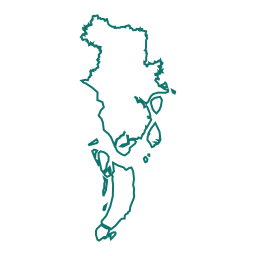 the district of Noakhali, Chittagong, Bangladesh
{"feature_id": "16705992B96773862439533", "entity_name": "Noakhali", "entity_type": "district", "adm_level": 2, "iso_a3": "BGD", "parent_name": "Bangladesh", "parent_adm1": "Chittagong", "projection": "robinson", "projection_center": [91.099, 22.578], "detail": "fine", "context": "isolated", "style": "outline", "palette": "teal", "viewbox_px": 256, "rotation_deg": 0, "n_neighbors": 0, "source": "geoboundaries", "source_scale": "gbopen_adm2", "svg_char_len": 5772}
<svg xmlns="http://www.w3.org/2000/svg" viewBox="0 0 256 256"><path d="M94.1,15.8L93.1,16.0L92.6,16.8L92.7,19.5L91.8,19.6L91.8,20.7L91.1,20.8L90.5,21.8L91.6,24.2L91.0,24.5L91.2,25.0L90.2,25.4L88.7,24.0L88.4,26.1L87.4,26.6L87.1,25.8L86.2,26.5L85.3,26.2L86.5,28.0L86.6,29.1L85.4,28.9L84.3,27.7L83.1,27.9L83.4,29.8L85.1,30.6L85.0,31.7L85.8,33.2L86.4,32.9L86.6,33.9L84.4,33.9L84.5,35.4L82.8,34.4L80.9,37.2L82.1,38.1L82.2,39.5L82.9,40.0L84.2,39.4L86.9,39.6L87.1,40.3L86.6,40.3L86.6,41.1L87.9,41.2L87.9,42.5L89.1,43.5L89.1,45.1L90.9,44.3L91.0,42.8L92.3,43.8L92.7,43.5L92.3,44.9L93.8,45.1L93.9,45.9L94.8,46.6L95.7,46.3L96.1,45.4L96.7,45.6L96.9,46.6L98.4,48.1L98.8,46.7L100.6,47.0L100.1,48.3L100.5,49.6L99.9,50.2L101.0,50.7L101.0,51.3L100.3,51.5L100.8,52.7L98.8,54.6L99.3,56.4L98.8,56.4L98.8,57.7L97.5,59.4L98.5,59.6L97.7,60.6L99.3,62.1L97.5,64.3L98.4,67.0L97.8,67.8L96.6,67.9L95.4,69.9L94.6,69.5L93.2,70.2L93.5,69.7L93.1,69.6L92.6,70.2L93.0,70.9L90.8,70.4L90.2,71.6L91.1,73.1L90.7,74.9L91.2,75.3L90.7,75.7L90.3,75.2L90.0,76.9L88.9,77.2L87.9,80.2L85.2,79.8L81.5,80.7L83.7,82.6L85.8,83.4L92.0,87.5L97.5,92.3L97.4,100.1L102.4,102.1L103.8,107.2L100.9,110.3L98.7,115.6L101.4,118.8L102.8,122.2L103.8,130.0L108.2,133.6L110.9,137.0L114.4,145.2L116.6,139.4L119.5,137.6L120.6,135.8L123.2,134.8L124.4,132.1L124.7,132.3L123.5,135.2L121.4,135.8L119.8,137.8L117.0,139.6L115.2,146.7L117.0,150.7L118.8,152.4L122.4,154.7L124.9,155.4L128.9,152.3L129.7,150.2L129.7,148.0L134.8,143.9L136.0,141.9L134.3,139.8L130.7,139.8L128.6,141.0L128.9,143.7L122.9,146.6L120.5,146.3L122.3,144.7L127.6,143.7L128.1,140.7L127.1,135.7L128.0,135.9L128.1,138.7L129.1,139.7L132.5,138.5L137.4,139.0L138.4,137.5L140.9,138.6L142.7,134.1L143.3,134.2L144.7,131.8L144.7,130.7L146.1,128.5L146.1,126.6L147.0,127.3L151.2,119.8L150.6,118.3L148.9,118.0L149.5,117.3L146.9,116.4L149.9,117.2L150.4,116.4L149.8,113.2L147.0,106.6L146.1,106.2L144.3,107.3L144.0,105.0L141.6,102.3L140.1,101.7L137.8,102.4L136.4,98.5L134.6,96.6L137.0,98.0L137.7,100.6L140.8,100.4L140.5,99.1L146.1,103.8L146.5,102.6L147.4,102.6L148.3,101.6L150.6,96.6L153.1,94.1L158.0,92.6L165.3,92.8L168.2,91.7L168.1,90.0L164.5,89.1L161.3,86.7L158.8,86.0L158.2,83.5L155.3,80.4L155.9,78.7L158.8,79.4L158.9,78.8L157.7,77.5L157.7,75.5L155.4,75.1L155.2,73.9L158.4,73.2L158.4,72.1L158.9,72.9L158.7,73.8L159.8,73.9L160.2,70.7L161.7,72.4L162.4,72.4L161.7,71.4L162.4,69.6L159.8,70.2L160.9,67.3L159.5,67.7L158.3,66.3L159.6,65.8L161.1,66.5L160.9,63.3L162.3,63.8L162.5,63.1L161.0,61.5L160.4,60.0L160.1,60.8L158.8,60.7L158.6,61.4L158.0,61.2L157.1,62.2L155.6,62.6L155.5,61.8L154.8,61.6L154.5,62.8L153.3,63.9L151.6,63.9L149.2,62.8L149.4,64.1L147.9,64.4L147.3,66.4L146.5,66.2L146.0,64.5L144.3,63.9L144.3,61.6L145.2,61.9L146.3,60.7L146.1,57.9L146.9,53.4L146.2,53.1L146.3,50.8L145.0,50.4L145.6,49.7L146.0,47.9L146.1,40.1L147.2,38.0L146.0,36.1L146.8,35.9L147.0,35.4L145.5,34.4L146.1,31.3L142.0,30.5L142.1,29.0L140.5,29.4L140.3,28.9L139.8,30.6L138.9,30.1L138.8,29.0L138.3,28.9L136.6,28.9L136.5,29.7L135.5,30.1L133.2,30.2L132.4,28.8L131.0,28.0L130.2,28.2L130.1,27.2L129.2,26.1L129.5,25.9L128.8,25.3L125.4,26.3L125.3,27.3L122.9,26.8L120.8,27.1L120.0,27.7L114.7,27.9L114.9,26.8L112.1,26.7L109.7,25.4L108.3,24.0L107.0,19.1L105.8,19.6L105.5,20.7L104.7,20.8L104.3,19.4L103.2,18.8L101.1,19.2L100.3,18.1L98.1,18.5L98.2,16.5L97.4,15.4L94.6,16.3L94.1,15.8ZM125.5,169.6L123.8,167.5L118.0,165.5L113.0,162.7L113.9,171.5L112.8,172.3L112.4,173.8L111.1,174.5L112.8,176.4L112.3,178.6L113.1,185.2L112.8,196.2L110.2,206.6L107.4,213.2L106.0,216.1L101.8,220.9L101.5,222.3L101.8,223.4L103.4,224.8L109.6,227.9L110.9,229.3L115.1,226.1L120.8,219.5L122.3,218.6L124.6,218.6L124.8,215.6L126.1,214.0L127.7,213.5L128.0,212.2L129.7,211.1L130.4,206.5L133.8,198.1L134.2,195.2L133.8,193.4L134.1,188.4L133.1,185.2L134.0,179.0L133.1,171.2L131.4,167.5L129.0,168.1L126.3,169.9L125.5,169.6ZM160.2,138.6L159.4,137.3L160.2,137.8L159.5,131.7L155.3,123.0L151.2,128.4L148.8,132.7L148.4,133.9L149.1,134.0L147.7,136.5L147.4,139.8L150.3,143.8L151.8,147.1L153.9,146.4L154.1,145.3L156.5,144.3L156.4,143.2L155.1,142.4L156.1,142.4L157.9,143.7L158.7,142.4L159.3,142.4L159.5,141.5L158.1,140.3L158.9,140.4L158.6,139.6L159.7,140.6L160.3,140.3L160.2,138.6ZM103.0,172.2L106.1,168.8L107.0,163.3L108.4,161.2L108.7,156.9L106.7,153.9L103.7,152.1L100.5,151.3L98.5,153.1L98.7,157.7L101.4,170.1L103.0,172.2ZM106.2,228.3L101.0,224.9L97.0,228.8L96.0,230.8L96.0,234.9L97.5,239.7L99.1,240.6L104.8,236.4L103.8,237.8L104.0,238.3L105.0,238.5L105.8,237.2L106.4,237.5L109.2,230.4L108.2,228.4L106.2,228.3ZM160.1,96.8L154.8,97.9L152.1,99.8L151.2,101.2L151.0,103.3L152.6,108.8L154.0,111.1L156.5,113.4L159.4,109.9L160.9,106.2L161.9,100.0L160.1,96.8ZM103.4,196.1L105.9,190.2L107.2,180.3L104.1,177.9L105.0,181.1L104.3,183.8L104.2,188.1L103.1,190.9L103.4,196.1ZM107.1,176.8L109.4,175.9L110.3,174.6L108.0,169.4L104.2,173.8L104.8,175.1L107.1,176.8ZM115.3,234.5L115.6,233.2L115.3,232.3L113.2,232.4L109.4,234.2L109.2,235.5L110.3,234.5L110.7,234.8L110.4,237.6L111.0,239.2L115.3,234.5ZM89.2,145.1L96.8,143.1L97.6,142.4L97.6,141.2L96.6,139.4L88.9,144.5L89.2,145.1ZM95.1,158.5L95.4,153.4L96.9,151.0L96.4,151.0L96.6,150.4L95.9,150.1L94.1,149.7L92.2,151.1L95.1,158.5ZM161.1,85.2L164.7,87.6L166.8,86.0L166.2,83.6L165.2,82.6L164.8,83.5L161.1,85.2ZM145.7,162.2L147.0,161.2L147.5,159.3L145.7,157.0L144.7,157.3L143.8,158.8L144.9,161.8L145.7,162.2ZM103.4,209.7L104.0,210.2L105.0,209.4L106.2,204.8L104.1,206.5L103.4,209.7ZM110.4,172.4L110.7,170.5L109.7,167.0L108.4,168.3L108.4,169.2L109.5,171.9L110.4,172.4ZM172.1,90.0L172.8,92.5L174.7,93.4L175.1,91.6L172.1,90.0ZM99.0,166.0L97.4,160.7L95.9,160.0L97.0,162.0L99.0,166.0ZM149.3,155.8L149.3,154.5L148.4,154.4L148.3,155.4L149.3,155.8ZM166.8,86.1L166.3,86.8L167.2,87.2L167.1,86.9L166.8,86.1Z" fill="none" stroke="#0f766e" stroke-width="2"/></svg>